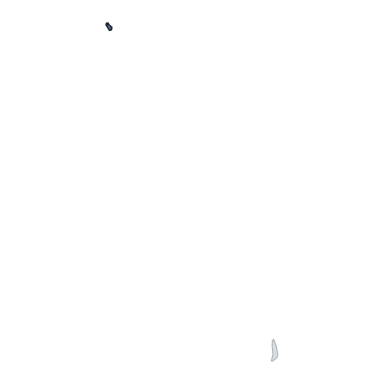 Temotu, Tuvalu (highlighted)
{"feature_id": "33948139B29442200117602", "entity_name": "Temotu", "entity_type": "district", "adm_level": 2, "iso_a3": "TUV", "parent_name": "Tuvalu", "parent_adm1": "", "projection": "orthographic", "projection_center": [178.67, -7.47], "detail": "fine", "context": "in_parent", "style": "filled", "palette": "slate", "viewbox_px": 384, "rotation_deg": 0, "n_neighbors": 0, "source": "geoboundaries", "source_scale": "gbopen_adm2", "svg_char_len": 1337}
<svg xmlns="http://www.w3.org/2000/svg" viewBox="0 0 384 384"><path d="M277.0,357.6L272.9,361.0L271.4,360.9L273.0,353.8L272.1,346.4L272.3,340.6L273.7,339.4L276.3,346.3L277.9,354.7L277.0,357.6Z" fill="#d9dde1" stroke="#a8b0b8" stroke-width="1"/><path d="M110.5,30.1L110.7,29.9L110.8,29.7L111.0,29.6L111.3,29.8L111.4,29.7L111.5,29.5L111.8,28.9L111.2,28.4L111.7,27.5L111.6,27.4L111.7,27.2L111.4,27.1L111.3,26.9L111.2,26.7L110.4,26.1L110.3,25.9L110.1,25.8L109.4,25.1L109.0,24.7L108.8,24.5L108.6,24.3L108.5,24.2L108.4,23.8L108.5,23.7L108.4,23.5L108.2,23.6L108.0,23.8L107.9,23.8L107.7,23.8L107.5,24.0L107.4,24.0L107.2,24.2L107.2,24.3L107.3,24.3L107.5,24.5L107.5,24.8L107.4,24.9L107.3,25.0L107.2,25.0L107.0,25.3L106.9,25.3L106.9,25.1L106.7,25.1L106.6,24.8L106.4,24.7L106.4,24.4L106.4,24.2L106.4,23.9L106.4,23.7L106.5,23.6L106.8,23.3L107.0,23.2L107.3,23.3L107.2,23.4L107.2,23.5L107.3,23.8L107.4,23.7L107.5,23.7L107.8,23.6L108.0,23.4L108.0,23.2L107.8,23.2L107.7,23.2L107.3,23.1L107.2,23.0L106.9,23.1L106.7,23.3L106.4,23.5L106.2,23.8L106.1,24.3L106.1,24.5L106.1,24.8L106.2,25.1L106.4,25.3L106.5,25.5L106.7,25.9L106.9,26.2L107.0,26.2L107.4,27.0L107.9,27.9L108.0,28.1L108.4,28.6L108.8,29.3L109.1,29.7L109.3,30.2L109.4,30.3L109.6,30.3L109.8,30.3L110.0,30.2L110.3,30.1L110.5,30.1L110.5,30.1Z" fill="#64748b" stroke="#1e293b" stroke-width="1.5"/></svg>